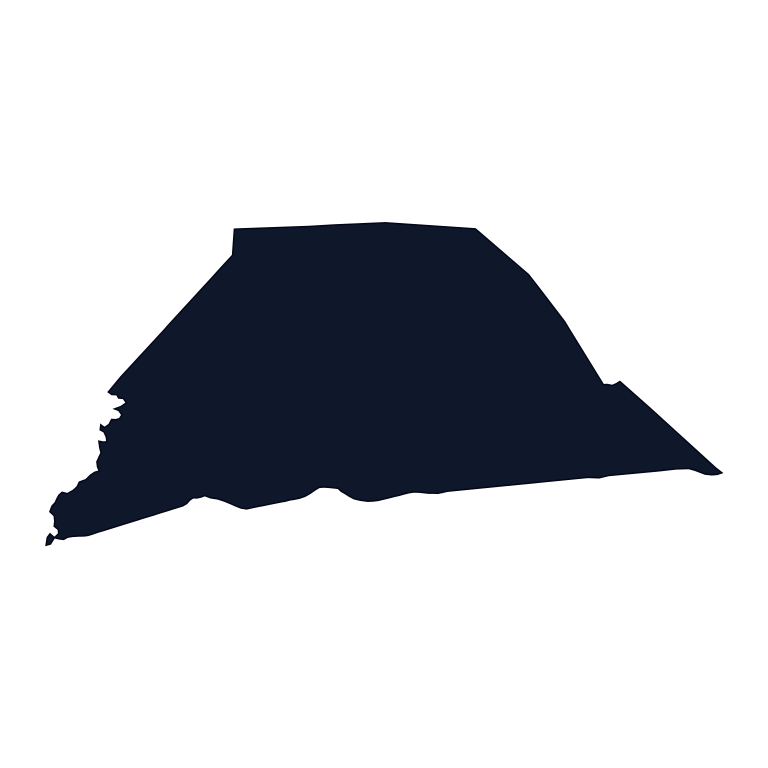 the district of Lajedinho, Bahia, Brazil
{"feature_id": "56859067B60717499646951", "entity_name": "Lajedinho", "entity_type": "district", "adm_level": 2, "iso_a3": "BRA", "parent_name": "Brazil", "parent_adm1": "Bahia", "projection": "orthographic", "projection_center": [-41.04, -12.382], "detail": "fine", "context": "isolated", "style": "filled", "palette": "ink", "viewbox_px": 768, "rotation_deg": 0, "n_neighbors": 0, "source": "geoboundaries", "source_scale": "gbopen_adm2", "svg_char_len": 2133}
<svg xmlns="http://www.w3.org/2000/svg" viewBox="0 0 768 768"><path d="M341.1,491.2L345.4,493.7L348.9,496.0L354.0,498.7L360.1,500.2L367.6,501.2L372.9,501.0L378.0,500.4L384.3,498.9L390.0,497.5L395.0,496.2L398.8,495.4L404.1,493.9L408.9,492.7L413.6,492.0L419.3,492.1L424.4,492.7L428.3,493.1L432.5,493.1L437.9,493.3L442.7,492.3L447.4,491.2L579.3,478.2L587.8,477.4L599.2,477.8L608.6,475.5L659.0,470.8L675.9,468.9L682.2,468.7L688.8,468.5L694.9,470.2L700.4,472.3L705.2,474.1L711.8,474.8L717.2,474.4L721.9,472.8L715.6,467.9L694.1,448.3L649.6,407.8L619.9,381.5L616.6,383.6L612.3,385.5L607.2,384.5L603.4,384.7L569.2,329.2L564.6,321.6L537.7,286.4L528.5,274.6L475.4,228.9L385.4,222.8L334.3,225.0L308.9,226.5L238.7,229.0L234.4,229.2L232.6,255.2L221.4,267.3L211.0,278.8L203.9,286.5L167.5,326.1L164.6,329.5L120.9,376.8L108.3,392.0L111.7,394.5L116.8,394.7L118.6,398.0L123.3,398.4L126.4,402.8L120.9,406.6L114.6,408.9L118.7,410.4L121.9,414.9L119.5,418.7L115.6,419.7L111.6,419.5L109.1,424.4L104.5,427.6L100.8,424.8L100.2,429.8L104.1,432.0L106.3,437.0L106.9,441.8L103.2,442.1L98.9,441.2L99.8,447.7L101.1,452.9L99.0,457.2L96.9,461.8L97.6,467.1L99.4,471.0L94.7,472.3L90.4,475.2L85.9,479.7L79.3,482.1L77.2,486.7L73.2,490.4L67.4,493.7L62.1,492.3L58.9,495.2L56.8,499.0L55.3,502.5L52.0,506.1L49.9,511.7L54.2,515.7L54.8,521.4L54.2,526.2L58.3,529.5L58.7,533.6L54.4,537.7L58.9,538.8L63.6,539.4L67.8,537.1L72.3,536.4L78.3,536.0L84.1,535.9L88.0,535.4L91.9,534.2L98.3,532.0L102.8,530.7L106.7,529.5L111.8,527.9L117.9,526.0L123.6,524.2L128.5,522.7L137.6,519.9L141.8,518.5L147.8,516.7L153.5,515.0L158.6,513.3L167.5,510.6L172.7,508.9L178.6,507.1L182.8,505.8L186.7,503.5L189.9,499.9L193.1,497.8L196.9,497.9L200.7,497.1L204.8,495.6L210.7,497.8L217.8,498.9L224.5,501.1L230.8,503.7L235.7,505.9L241.0,508.0L246.7,508.9L252.5,507.6L258.2,506.4L263.2,505.5L267.0,504.7L270.9,503.9L274.8,503.1L280.4,502.0L286.0,501.0L289.8,499.9L293.8,499.3L299.4,498.2L305.1,496.2L310.2,493.3L315.3,489.7L319.4,487.3L324.3,487.0L329.7,487.4L338.1,488.3L341.1,491.2ZM54.4,537.7L50.0,533.8L47.3,537.5L46.1,545.2L50.5,544.0L54.4,537.7Z" fill="#0f172a" stroke="#020617" stroke-width="1.5"/></svg>